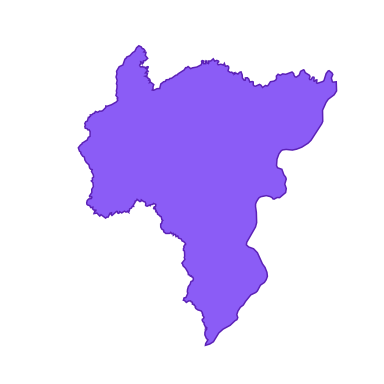 Puerto Boyacá, Boyacá, Colombia (orthographic projection), rotated 192°
{"feature_id": "7082276B10585708061512", "entity_name": "Puerto Boyacá", "entity_type": "district", "adm_level": 2, "iso_a3": "COL", "parent_name": "Colombia", "parent_adm1": "Boyacá", "projection": "orthographic", "projection_center": [-74.402, 6.004], "detail": "fine", "context": "isolated", "style": "filled", "palette": "violet", "viewbox_px": 384, "rotation_deg": 192, "n_neighbors": 0, "source": "geoboundaries", "source_scale": "gbopen_adm2", "svg_char_len": 6079}
<svg xmlns="http://www.w3.org/2000/svg" viewBox="0 0 384 384"><g transform="rotate(192 192 192)"><path d="M71.6,320.9L73.8,329.8L76.8,328.8L77.6,329.0L79.4,332.5L78.7,336.2L79.9,337.6L83.1,339.2L84.0,338.7L85.4,335.8L86.1,328.4L87.0,327.3L91.9,324.4L92.8,324.6L93.1,327.6L93.9,327.5L95.0,325.8L95.9,325.9L96.3,329.2L96.8,329.7L97.9,329.4L99.0,326.7L100.3,326.5L100.8,327.2L100.6,329.4L101.4,330.6L106.1,332.3L107.6,334.5L108.4,334.7L110.9,332.6L111.4,328.8L113.8,326.1L115.2,326.1L116.6,327.5L117.2,329.0L119.1,330.2L124.8,326.6L127.9,326.4L130.0,324.5L132.3,325.1L133.6,322.9L132.9,320.6L133.4,318.9L135.1,317.4L138.2,316.2L139.9,311.8L140.8,311.3L142.3,311.5L144.7,308.9L146.8,310.8L148.3,311.3L152.0,308.6L153.1,308.6L154.3,309.4L155.0,312.4L156.1,312.6L158.3,311.6L160.0,314.3L161.6,315.3L163.5,314.7L163.2,312.4L164.2,312.1L166.4,314.0L167.2,316.9L169.0,319.7L170.4,318.9L171.6,316.9L173.7,317.4L175.2,316.1L175.1,317.5L176.7,316.5L178.0,317.5L179.6,316.9L182.0,318.0L181.8,321.0L182.4,322.4L183.5,322.8L185.5,321.9L187.1,324.5L187.6,322.8L190.4,323.0L192.8,321.9L193.7,322.7L193.7,323.9L192.9,324.9L193.3,325.6L195.1,325.9L197.0,324.7L198.9,326.7L200.9,324.0L203.2,323.5L202.4,321.8L202.7,321.0L204.6,321.7L204.8,322.9L205.6,323.3L206.1,322.2L205.4,320.4L207.3,320.0L208.0,320.9L207.8,322.6L209.3,322.7L209.9,321.9L209.1,320.3L209.6,318.2L213.3,315.2L217.3,313.6L218.9,312.4L221.9,313.9L223.2,312.4L224.1,312.3L225.1,309.7L230.1,304.8L230.9,303.4L232.2,302.8L235.7,298.9L237.2,298.5L237.8,297.3L240.6,296.4L241.0,294.7L242.7,293.9L245.0,291.2L245.1,286.5L247.7,285.8L250.5,283.6L251.6,283.4L252.1,283.5L251.5,284.6L252.0,286.6L251.7,289.1L255.3,290.8L256.3,290.2L256.0,291.9L256.3,292.5L257.2,292.4L256.7,293.2L257.0,293.6L258.9,294.2L259.3,295.0L261.8,295.5L260.4,296.2L260.3,297.0L260.2,299.1L262.3,298.8L261.3,300.8L260.2,301.0L261.8,302.8L260.8,304.4L261.0,305.4L261.8,305.3L263.3,303.4L264.1,304.4L265.8,304.0L266.4,304.7L267.3,303.9L268.4,303.7L269.6,305.0L269.5,305.9L268.5,306.6L269.3,308.7L267.8,308.5L267.0,307.3L266.4,308.7L266.7,310.2L265.0,310.8L263.1,313.5L266.1,315.9L266.0,319.0L268.2,319.0L267.3,320.3L267.8,320.9L269.2,322.0L270.4,321.9L271.8,323.4L274.4,324.0L276.2,321.6L277.2,317.7L279.0,316.0L281.1,312.4L284.0,310.4L284.3,309.0L285.2,308.1L286.0,301.9L289.3,299.4L290.9,294.4L290.0,291.9L290.2,288.7L288.4,285.6L288.4,282.1L287.6,281.1L287.0,278.1L287.0,275.1L286.3,273.5L286.5,270.6L284.1,268.6L284.6,267.7L283.7,266.3L284.8,264.3L289.1,260.5L292.8,258.3L294.2,258.2L293.9,256.8L296.3,253.0L297.7,252.1L299.2,252.0L300.8,250.4L303.2,250.7L303.8,248.7L304.8,248.4L306.1,246.7L307.5,246.3L307.1,245.0L307.8,244.5L307.9,243.6L308.9,243.5L309.1,239.7L310.6,238.6L311.1,236.6L310.1,235.3L310.5,233.9L309.7,232.2L307.7,232.1L306.7,231.1L305.6,231.5L304.2,229.9L303.3,225.2L304.8,223.9L305.3,221.1L309.6,217.0L309.7,216.0L310.9,214.7L312.4,211.6L310.5,208.5L309.0,207.8L308.8,206.6L306.4,204.3L304.6,203.8L303.4,201.0L301.6,199.0L298.4,197.1L297.2,194.3L295.8,193.2L294.3,193.2L294.6,191.2L292.2,188.4L291.5,186.6L291.4,186.0L292.4,184.9L291.8,182.9L292.8,181.9L290.9,180.6L289.6,176.8L290.6,173.8L289.9,170.6L291.5,166.7L290.9,165.9L289.2,166.6L288.8,165.7L289.1,164.7L291.6,163.7L292.7,161.9L292.8,159.7L292.3,158.2L291.5,157.6L289.2,157.4L287.8,155.7L285.8,156.5L285.8,154.9L284.5,154.0L282.2,154.2L282.2,153.5L283.1,152.9L283.4,150.5L280.6,151.6L277.2,149.3L276.3,150.9L271.1,148.5L270.1,149.7L268.8,150.0L267.8,154.2L266.5,154.9L266.5,153.2L265.4,152.4L261.7,157.4L261.0,157.4L260.4,156.1L259.6,155.8L259.0,156.1L258.7,157.7L256.4,156.9L254.1,159.2L252.4,158.6L251.3,159.4L249.8,158.9L250.5,160.0L249.4,160.3L249.5,162.5L247.9,163.7L247.4,165.5L246.1,165.8L246.7,166.8L245.5,170.2L245.7,171.2L244.5,172.0L244.2,173.4L241.1,171.8L240.1,172.2L240.0,173.8L237.4,172.6L236.0,172.6L234.9,171.3L234.6,169.2L233.7,168.8L232.6,168.9L231.1,170.3L230.1,169.9L229.9,170.9L227.7,171.8L227.3,172.8L224.9,172.4L224.6,170.5L224.9,169.8L225.8,169.7L226.2,168.1L225.6,167.6L224.9,168.3L224.3,168.0L223.9,166.7L223.2,166.5L223.3,165.2L221.8,164.9L221.1,163.2L218.6,162.2L218.1,161.5L217.0,161.5L215.8,158.8L214.7,158.2L215.2,157.4L215.2,155.0L216.0,154.2L215.3,151.2L213.8,149.4L211.8,148.7L211.4,147.2L208.9,146.0L205.1,146.9L204.4,148.1L203.1,147.0L201.9,147.6L201.3,145.8L200.4,146.9L199.3,147.0L198.4,145.0L196.8,146.0L195.6,144.1L192.8,143.8L191.4,142.0L190.0,141.9L187.6,140.2L187.4,139.2L188.1,138.8L188.7,137.1L188.2,136.4L188.6,134.8L188.2,133.1L187.5,133.0L186.9,132.0L185.8,127.6L186.0,126.3L184.9,124.7L187.1,120.3L186.0,119.3L185.5,118.0L182.5,116.1L179.1,112.4L178.4,110.4L177.1,110.3L176.1,109.3L175.2,109.8L174.5,108.9L173.5,108.8L172.5,107.2L172.8,105.3L174.4,104.2L174.7,101.2L175.9,98.8L176.1,95.6L175.8,93.2L175.1,92.4L175.2,91.1L176.0,87.6L177.8,86.7L177.9,84.3L176.9,84.4L174.6,82.8L172.7,84.7L170.7,85.2L170.0,84.4L168.7,84.2L168.3,82.4L166.6,82.4L166.4,81.7L164.7,80.7L164.8,79.7L163.9,78.8L161.8,77.9L158.4,77.6L156.8,76.1L156.7,75.2L156.0,74.7L156.0,73.6L154.2,72.0L154.5,70.5L155.5,69.6L155.3,68.5L154.2,67.2L153.1,66.8L152.8,65.4L151.3,63.4L149.5,62.3L150.4,61.7L149.1,61.0L149.4,60.2L150.3,59.8L149.9,59.2L150.2,57.5L149.7,54.9L147.4,51.7L145.7,50.7L147.1,46.6L147.0,44.8L143.0,47.0L139.9,50.0L136.5,59.7L133.0,64.4L127.0,69.5L123.2,75.0L121.5,76.5L121.1,78.7L122.7,81.3L122.3,85.1L120.7,89.4L118.3,92.1L116.9,96.1L113.1,103.6L108.7,107.0L107.5,108.8L105.7,115.1L102.4,118.6L101.2,121.6L100.7,125.2L102.0,129.0L104.9,133.4L108.2,136.4L115.4,146.2L120.0,149.3L125.1,150.0L127.8,151.6L128.0,154.2L122.6,171.0L122.4,175.5L124.8,185.4L126.8,190.9L127.3,193.4L127.0,195.7L125.5,199.9L123.9,201.6L118.6,203.9L114.6,203.8L112.4,203.1L111.4,202.1L110.2,202.1L107.6,204.3L105.1,204.7L100.3,210.9L100.5,215.0L102.9,219.0L102.5,224.2L103.4,225.9L105.8,228.0L108.8,232.9L113.4,233.5L114.8,235.4L115.7,241.8L114.9,247.4L113.4,250.7L112.2,252.0L108.8,253.2L102.5,253.9L98.5,255.7L93.9,258.7L88.6,263.9L86.3,267.4L79.3,285.7L78.8,288.3L81.3,299.1L79.5,307.5L78.0,311.1L73.2,316.6L71.6,320.9Z" fill="#8b5cf6" stroke="#5b21b6" stroke-width="1.5"/></g></svg>